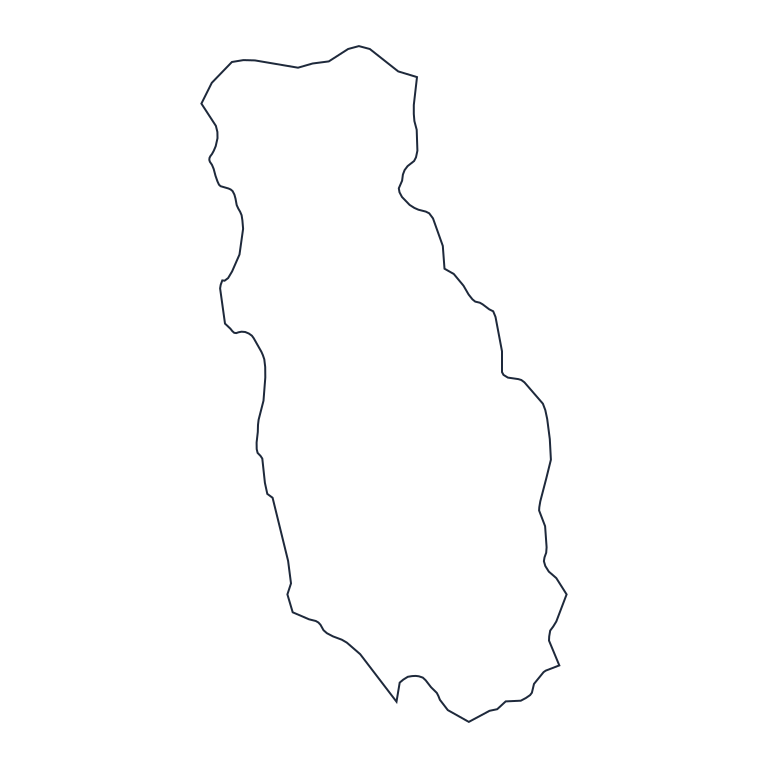 the District of Bumthang
{"feature_id": "BTN-2480", "entity_name": "Bumthang", "entity_type": "District", "adm_level": 1, "iso_a3": "BTN", "parent_name": "Bhutan", "parent_adm1": "", "projection": "equal_earth", "projection_center": [90.682, 27.708], "detail": "fine", "context": "isolated", "style": "outline", "palette": "slate", "viewbox_px": 768, "rotation_deg": 0, "n_neighbors": 0, "source": "natural_earth", "source_scale": "10m", "svg_char_len": 2250}
<svg xmlns="http://www.w3.org/2000/svg" viewBox="0 0 768 768"><path d="M231.9,62.0L243.4,60.1L254.9,60.4L298.0,67.7L312.6,63.5L328.8,61.4L348.1,49.0L358.9,46.1L369.8,49.0L398.2,71.4L417.0,77.1L413.8,105.0L413.8,114.0L414.4,121.1L416.7,129.8L417.4,150.7L416.0,157.3L414.1,161.0L407.6,166.1L404.6,170.1L402.9,174.6L402.1,180.7L398.8,188.3L399.5,192.3L402.0,197.0L409.6,204.9L414.3,207.9L418.4,209.7L425.8,211.6L429.2,213.3L433.0,218.4L442.8,245.9L444.5,268.7L453.8,274.0L463.5,285.7L468.6,294.5L472.4,299.3L475.2,301.6L479.8,302.7L482.6,304.3L489.2,309.3L493.2,311.3L495.5,316.9L502.0,351.3L502.0,372.1L503.5,374.9L507.9,377.6L518.3,379.1L521.3,380.0L524.4,382.3L542.9,403.7L545.3,410.1L547.2,419.0L549.8,439.1L550.9,459.7L546.3,478.3L540.3,501.3L539.3,507.2L539.1,510.5L545.1,526.2L546.6,547.3L546.2,552.7L544.5,557.4L543.9,561.2L545.3,566.0L548.8,571.6L556.3,578.1L566.6,594.4L556.3,621.5L553.3,626.4L550.2,630.6L549.2,636.4L549.0,640.6L559.3,665.4L545.8,670.6L543.6,672.1L534.0,683.9L531.9,692.7L530.1,695.1L525.9,698.0L520.8,700.7L505.7,701.4L497.2,709.2L489.5,710.8L468.8,721.9L447.8,710.1L439.9,699.8L438.4,696.0L436.8,692.9L431.1,687.3L425.6,680.2L422.8,677.6L418.9,676.3L415.7,675.9L412.0,676.1L407.8,676.8L403.3,679.6L399.7,682.6L396.5,701.7L360.2,654.2L346.8,642.6L341.8,639.7L333.0,636.4L326.9,633.2L323.5,630.2L320.5,624.8L318.4,622.5L315.8,621.0L309.0,619.3L292.7,612.3L287.4,594.4L291.0,583.4L288.1,560.9L272.6,497.8L267.3,493.9L264.9,482.8L262.3,458.6L260.6,456.0L257.6,452.9L256.7,449.1L256.6,442.5L257.8,432.0L258.0,424.9L258.6,419.8L263.5,400.7L265.3,377.5L265.2,367.0L264.3,359.4L262.9,355.2L261.4,351.8L253.7,338.2L251.9,335.7L248.8,333.5L245.2,332.0L241.5,331.7L238.5,332.3L236.2,333.1L234.2,332.8L232.3,331.1L230.4,328.7L225.0,323.6L220.1,288.4L220.7,284.8L222.3,280.4L224.6,280.7L228.1,278.1L232.1,271.4L239.5,254.5L243.1,228.8L242.4,220.4L241.6,215.2L240.1,211.7L238.3,208.6L236.7,205.1L235.5,198.6L234.4,194.6L232.6,191.1L230.7,189.5L228.5,188.5L220.6,186.2L219.0,184.7L217.5,181.5L215.5,175.8L213.7,169.0L212.0,164.9L209.9,161.8L209.3,159.9L209.5,157.9L210.4,156.1L212.0,154.0L213.8,150.7L215.7,146.2L217.5,138.2L217.4,132.0L215.9,125.9L201.4,103.6L211.8,82.8L231.9,62.0Z" fill="none" stroke="#1e293b" stroke-width="2"/></svg>